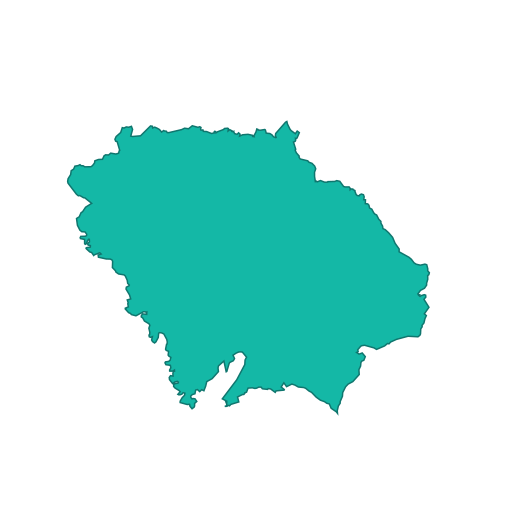 Chietla, Puebla, Mexico (Mercator projection), rotated 331°
{"feature_id": "50627088B73270008594857", "entity_name": "Chietla", "entity_type": "district", "adm_level": 2, "iso_a3": "MEX", "parent_name": "Mexico", "parent_adm1": "Puebla", "projection": "mercator", "projection_center": [-98.633, 18.51], "detail": "fine", "context": "isolated", "style": "filled", "palette": "teal", "viewbox_px": 512, "rotation_deg": 331, "n_neighbors": 0, "source": "geoboundaries", "source_scale": "gbopen_adm2", "svg_char_len": 6126}
<svg xmlns="http://www.w3.org/2000/svg" viewBox="0 0 512 512"><g transform="rotate(331 256 256)"><path d="M126.0,358.6L128.6,358.2L129.6,357.4L130.8,355.2L133.7,354.5L133.4,351.3L131.8,350.1L130.8,350.0L130.4,348.0L131.0,346.9L133.1,346.3L135.8,346.9L138.2,344.0L140.0,344.4L141.0,347.3L143.7,346.6L145.1,348.6L148.9,345.4L152.0,342.0L158.2,342.0L167.1,338.9L168.5,335.5L169.9,333.9L177.0,332.3L173.8,342.8L174.5,342.8L180.5,336.9L181.4,336.4L185.4,336.6L187.5,335.3L187.8,331.6L191.7,331.3L194.4,331.6L196.3,332.5L197.5,333.5L198.7,339.9L196.0,341.7L193.6,345.5L179.2,354.9L157.3,364.6L159.5,368.0L159.0,368.3L158.8,369.7L159.6,369.5L157.8,372.7L155.8,372.4L157.7,373.4L159.1,373.1L160.2,374.2L162.1,373.6L170.2,375.3L171.5,370.3L177.0,370.6L178.2,371.2L179.6,370.7L179.9,370.2L181.7,370.5L185.0,367.7L188.9,369.5L190.8,371.3L192.5,371.9L194.8,372.0L196.9,373.2L197.2,375.2L197.8,375.7L201.5,378.3L202.3,377.8L204.3,379.3L206.7,384.6L208.2,383.7L215.5,386.9L216.0,386.5L214.5,382.8L218.9,380.4L219.4,385.1L225.3,385.4L227.5,387.8L229.5,391.1L234.0,394.2L235.3,395.8L236.9,399.8L238.5,402.2L240.2,408.6L242.4,413.3L245.3,416.6L246.5,419.1L248.4,420.9L247.9,425.6L250.7,431.2L251.0,433.1L252.0,430.8L255.3,427.1L258.2,425.6L259.1,424.1L263.6,420.6L265.6,417.5L271.0,413.8L274.5,412.7L279.8,412.8L288.8,409.7L290.9,405.3L294.1,403.0L296.2,399.9L297.9,399.2L299.7,399.5L302.8,397.0L301.9,392.3L298.6,391.8L297.2,389.1L299.0,389.1L299.5,387.3L303.3,385.9L304.7,385.6L307.7,386.7L314.7,393.6L316.1,396.1L324.9,397.0L328.6,396.3L329.7,397.3L332.0,396.5L338.4,397.0L350.1,399.9L358.5,405.2L360.9,404.8L362.1,403.9L364.8,399.6L367.0,398.5L367.5,397.2L370.4,396.0L373.4,392.7L376.1,390.7L375.2,388.2L382.4,384.7L381.9,375.3L384.6,374.3L385.4,372.5L384.4,371.4L381.0,370.7L379.9,370.9L379.3,369.4L380.2,369.2L379.2,368.3L379.2,367.6L383.2,365.8L387.7,365.9L391.1,364.2L392.0,362.5L394.9,359.7L396.7,356.3L398.0,356.2L399.5,354.7L399.0,352.1L400.0,350.6L401.1,346.4L399.8,345.0L395.3,343.7L392.1,340.8L390.9,338.5L390.3,334.2L389.2,331.3L383.2,321.7L384.6,319.3L383.8,312.3L384.5,305.9L383.3,300.1L381.8,295.6L380.3,293.6L381.2,291.2L381.2,287.8L382.0,286.3L381.2,283.4L381.4,278.6L380.3,277.0L379.9,275.2L380.0,271.2L378.6,269.1L379.4,266.3L379.0,264.6L377.0,263.2L379.0,259.9L377.5,259.0L379.3,256.7L379.7,254.5L378.2,252.9L376.5,252.8L375.4,253.4L373.8,252.1L373.4,250.7L374.0,246.7L374.6,247.2L372.9,244.7L373.1,244.3L371.7,243.5L370.5,243.7L371.2,242.5L370.9,240.7L367.4,238.8L366.3,237.6L365.5,231.3L363.1,229.2L361.1,229.0L354.9,225.8L354.5,226.1L353.0,225.4L351.7,224.6L349.0,221.3L345.4,220.8L345.1,219.8L344.0,219.7L345.7,215.0L347.8,211.1L350.5,208.7L350.9,205.8L349.9,202.1L347.8,199.7L347.4,197.8L341.7,192.6L341.5,190.6L342.2,189.5L341.3,185.3L341.6,182.3L342.5,181.9L344.0,174.5L345.8,174.7L346.6,174.2L347.5,172.4L347.7,172.9L349.1,172.7L353.7,169.1L352.6,166.7L349.7,168.1L347.5,163.3L347.2,161.5L347.5,155.8L348.2,153.3L346.7,153.3L332.6,158.4L331.3,160.1L331.1,162.1L330.7,162.1L329.1,160.2L328.7,157.8L327.5,155.6L324.5,153.5L325.3,150.3L325.0,149.6L320.8,148.1L319.0,146.9L319.1,146.3L318.3,145.3L316.1,147.5L312.3,150.0L312.2,150.7L311.0,149.8L311.5,148.8L308.0,145.7L303.1,143.5L299.7,143.2L301.1,141.7L300.5,139.8L298.5,140.4L296.7,138.7L296.6,136.6L297.0,136.2L295.5,135.7L295.3,135.4L295.8,135.1L294.3,132.8L292.2,133.1L293.6,131.2L293.2,130.5L290.3,129.2L288.8,129.6L282.6,128.7L280.7,128.9L281.0,127.6L280.3,126.9L279.4,127.3L279.1,128.1L276.5,127.3L273.1,123.2L270.4,121.5L270.7,120.0L268.9,119.3L269.0,118.2L270.2,116.9L269.5,115.7L267.6,115.3L263.4,111.2L258.7,112.0L255.5,109.6L252.2,109.4L239.5,105.8L238.2,105.0L238.0,103.3L236.6,102.4L236.1,101.5L233.5,101.8L232.9,98.6L231.5,96.3L229.9,94.2L227.7,93.9L228.3,92.3L226.8,91.1L213.3,94.9L205.9,91.6L204.6,90.4L209.4,85.5L209.9,82.2L207.1,81.7L205.1,80.2L202.6,80.1L201.3,78.9L197.5,82.4L191.6,83.7L189.2,85.5L188.9,87.5L190.0,88.7L188.0,97.6L187.2,97.8L185.7,99.5L182.9,98.9L178.8,95.6L176.1,96.2L173.5,94.6L171.7,94.7L168.6,97.0L165.0,95.2L161.2,94.6L159.8,96.4L156.7,97.7L154.9,97.9L149.5,95.0L148.5,93.2L146.9,92.3L146.3,90.8L144.3,90.7L141.2,89.6L138.6,91.6L135.7,91.8L133.4,94.9L129.1,97.3L127.4,99.5L126.9,101.2L128.9,114.9L129.8,117.2L131.3,117.8L133.4,121.4L134.5,122.2L137.8,130.3L130.6,130.7L125.8,133.2L124.0,133.3L120.4,136.0L117.2,136.2L114.7,142.6L114.5,148.0L115.4,150.3L118.1,152.0L118.5,154.8L117.9,155.8L116.6,156.1L112.3,153.9L111.1,154.7L110.9,155.7L114.1,158.4L112.1,162.1L112.3,163.0L113.3,163.1L116.1,160.9L117.8,160.2L118.3,160.6L117.2,162.9L115.1,163.4L114.5,164.3L114.5,165.1L116.2,166.6L115.4,167.9L112.1,166.6L111.3,166.6L111.0,167.1L112.6,171.9L113.9,173.2L114.3,176.9L115.2,176.6L120.9,177.4L121.5,179.2L118.4,178.7L117.6,180.7L123.6,186.0L127.0,188.0L128.1,189.5L128.0,191.2L124.8,196.5L125.9,200.7L125.7,202.2L127.1,205.1L131.4,208.5L132.0,210.1L131.6,214.8L130.5,217.7L131.1,220.0L130.4,220.5L127.5,220.4L126.3,221.9L126.5,228.7L125.6,232.8L122.1,232.0L121.5,235.0L120.7,235.6L119.7,238.6L116.6,238.3L116.6,239.0L116.0,239.0L117.1,243.8L118.4,245.4L118.6,246.8L122.0,250.1L130.6,250.2L132.7,251.6L132.5,252.4L133.2,252.3L132.1,254.1L128.7,251.6L126.8,252.6L126.1,253.6L126.9,255.2L126.9,258.8L129.5,263.3L129.6,265.1L127.3,267.2L126.1,271.3L124.8,273.3L124.2,273.2L123.9,273.7L123.5,274.9L124.3,276.0L126.3,276.3L124.0,278.8L124.0,280.7L125.1,282.9L126.8,282.6L131.0,279.9L133.4,276.4L134.3,276.2L136.1,277.4L137.6,279.5L137.5,285.7L136.8,287.9L135.7,289.8L135.0,289.8L131.7,293.7L131.7,295.0L133.3,297.0L131.1,300.1L131.3,301.5L132.4,303.4L130.3,305.6L128.4,305.8L125.5,304.7L124.6,305.3L124.5,307.4L128.1,310.1L127.3,312.5L125.2,313.8L124.7,314.8L127.3,316.3L129.4,316.2L128.9,317.3L127.9,317.0L126.5,318.2L125.2,320.8L123.2,319.2L121.2,320.2L120.4,322.2L121.2,327.2L124.0,326.8L126.5,327.5L127.0,328.7L126.1,329.4L123.4,328.4L121.7,328.6L120.7,330.2L121.2,332.3L123.4,336.2L123.9,337.9L120.6,339.1L121.2,340.0L122.3,340.6L124.3,340.9L126.0,340.2L127.3,341.5L125.9,343.2L122.8,344.1L119.3,346.2L118.6,347.4L123.8,352.5L126.0,353.5L125.4,355.5L126.0,358.6Z" fill="#14b8a6" stroke="#0f766e" stroke-width="1.5"/></g></svg>